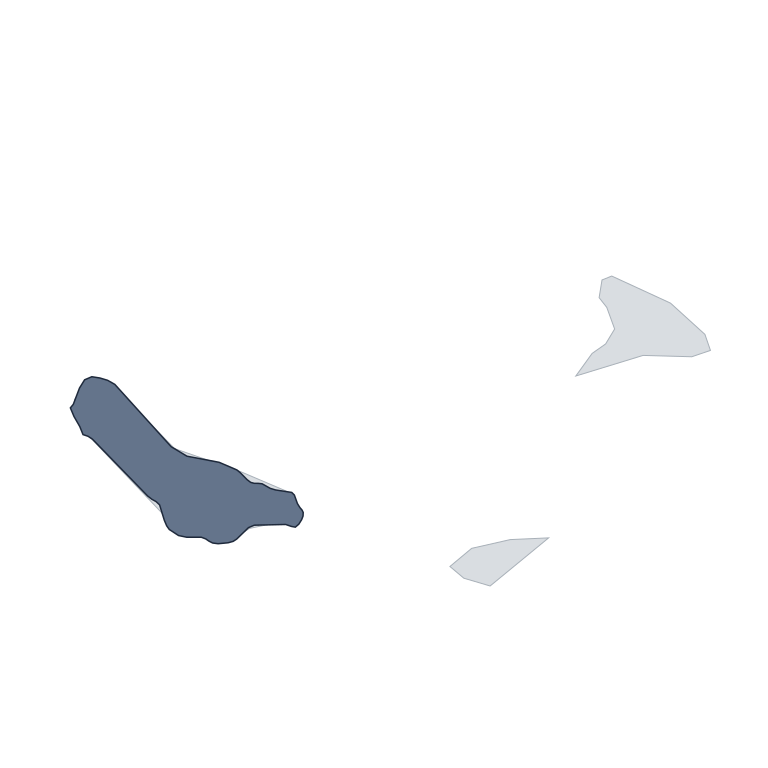 where Andjazîdja sits in Comoros, rotated 312°
{"feature_id": "COM-4935", "entity_name": "Andjazîdja", "entity_type": "state/province", "adm_level": 1, "iso_a3": "COM", "parent_name": "Comoros", "parent_adm1": "", "projection": "natural_earth1", "projection_center": [43.361, -11.647], "detail": "fine", "context": "in_parent", "style": "filled", "palette": "slate", "viewbox_px": 768, "rotation_deg": 312, "n_neighbors": 0, "source": "natural_earth", "source_scale": "10m", "svg_char_len": 1351}
<svg xmlns="http://www.w3.org/2000/svg" viewBox="0 0 768 768"><g transform="rotate(312 384 384)"><path d="M229.1,400.3L221.8,406.3L186.7,380.7L166.7,374.7L137.3,333.5L148.6,190.4L158.0,172.1L165.1,164.6L181.4,161.9L201.1,179.9L195.9,271.8L222.1,333.8L238.9,382.8L229.1,400.3ZM616.6,481.0L635.8,542.8L635.6,589.3L627.4,604.1L610.2,594.5L578.6,557.4L518.3,521.2L546.0,518.2L562.1,521.9L579.2,518.6L590.0,498.3L592.1,486.1L607.2,476.4L616.6,481.0ZM352.8,581.9L379.8,609.3L304.9,598.0L293.1,573.3L292.5,555.1L320.5,559.1L352.8,581.9Z" fill="#d9dde1" stroke="#a8b0b8" stroke-width="1"/><path d="M229.3,364.7L230.3,369.2L232.7,374.3L241.7,388.0L241.5,391.7L237.2,399.7L235.9,404.2L235.5,407.4L234.5,409.9L231.7,412.2L228.0,413.6L222.8,414.5L218.3,413.9L216.2,410.5L213.8,404.9L192.3,382.1L186.6,379.4L170.2,378.3L166.1,377.2L161.7,374.4L154.3,367.6L151.2,363.1L150.1,359.1L149.6,355.2L147.9,350.8L138.1,339.9L133.9,332.7L132.2,321.8L133.2,317.4L135.7,312.0L144.0,298.1L144.1,293.4L143.0,288.6L142.6,283.3L147.9,204.2L147.1,199.0L145.0,194.2L148.8,186.4L152.4,175.4L156.4,166.9L161.0,166.7L177.3,160.4L186.8,158.7L193.9,162.0L198.4,168.9L201.8,176.1L203.6,184.2L195.0,267.8L198.5,285.9L215.5,313.9L221.7,332.2L221.9,336.8L221.3,346.3L221.7,350.8L223.4,354.1L226.0,357.0L228.3,360.2L229.3,364.7Z" fill="#64748b" stroke="#1e293b" stroke-width="1.5"/></g></svg>